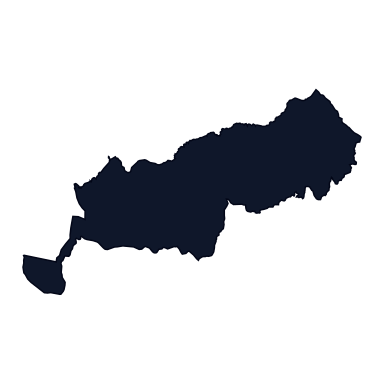 Metinaro, Dili, East Timor (Natural Earth projection)
{"feature_id": "22284137B6793847155334", "entity_name": "Metinaro", "entity_type": "district", "adm_level": 2, "iso_a3": "TLS", "parent_name": "East Timor", "parent_adm1": "Dili", "projection": "natural_earth1", "projection_center": [125.764, -8.537], "detail": "fine", "context": "isolated", "style": "filled", "palette": "ink", "viewbox_px": 384, "rotation_deg": 0, "n_neighbors": 0, "source": "geoboundaries", "source_scale": "gbopen_adm2", "svg_char_len": 6019}
<svg xmlns="http://www.w3.org/2000/svg" viewBox="0 0 384 384"><path d="M24.3,257.2L23.7,260.3L23.8,263.2L23.0,267.1L23.9,272.9L25.3,274.5L27.8,279.1L31.1,282.4L44.3,292.7L47.5,293.0L50.7,292.6L59.9,294.3L60.9,294.2L63.2,291.3L64.0,289.6L64.9,285.3L65.1,282.3L62.2,277.4L62.0,274.8L61.2,272.5L61.7,266.5L61.6,265.6L60.9,263.8L61.4,261.5L62.8,260.6L64.7,256.2L65.3,256.0L68.8,256.3L70.0,254.9L70.9,250.8L72.4,248.8L72.9,246.3L73.7,245.1L76.0,243.4L76.2,242.1L75.6,239.1L76.4,238.3L78.9,239.5L80.1,239.3L80.6,238.4L80.7,236.6L81.5,236.3L84.6,238.7L86.9,239.5L93.1,240.6L97.1,241.9L98.4,242.7L103.2,247.7L104.7,249.0L105.5,249.3L107.5,249.5L114.5,247.0L117.4,246.8L122.8,245.9L133.6,246.9L139.2,249.4L141.8,249.1L144.8,246.5L145.9,246.6L149.5,248.0L152.6,251.8L154.1,252.8L155.1,252.9L156.2,252.8L156.9,252.3L158.8,249.3L161.9,248.9L162.9,247.5L164.9,247.6L167.6,248.9L174.0,246.6L175.9,246.8L177.1,246.4L179.3,249.0L181.1,252.5L182.3,254.1L185.9,253.4L187.9,251.4L189.2,251.2L193.6,255.0L196.7,258.8L198.4,260.3L199.2,258.7L202.0,256.9L203.7,256.5L205.1,256.6L206.7,256.1L208.6,256.3L211.3,255.6L212.1,254.9L213.7,251.9L214.4,247.8L214.5,245.2L216.0,241.4L216.0,240.2L216.5,239.2L216.5,237.5L216.8,236.4L218.9,235.1L218.9,232.9L219.4,232.1L220.6,231.7L221.8,229.9L223.3,228.7L224.0,224.6L223.7,222.3L223.8,221.0L224.5,219.3L224.6,218.2L224.3,215.5L224.3,209.4L225.2,208.8L225.9,207.3L226.4,206.8L228.0,203.5L226.4,199.1L228.2,199.3L229.6,200.7L230.7,202.7L233.5,204.5L241.8,204.2L243.9,205.0L245.5,204.9L246.0,208.7L246.6,210.5L247.9,211.4L250.8,212.0L252.6,211.1L253.2,211.5L254.8,211.2L255.3,212.7L256.6,213.1L258.8,212.8L259.6,213.0L260.1,212.6L259.8,211.5L260.1,210.4L261.1,209.8L263.5,209.4L267.2,208.3L268.7,207.0L272.9,207.0L273.8,205.3L274.7,204.6L278.5,204.7L278.7,202.6L280.3,200.9L281.5,200.1L283.4,200.8L284.5,200.8L285.3,200.0L286.0,198.3L288.9,196.9L290.5,196.8L291.9,195.1L293.1,195.3L294.0,196.0L294.4,195.6L294.8,192.5L296.0,191.6L296.7,193.1L298.6,193.8L298.4,194.8L296.8,196.1L296.4,197.0L297.8,196.9L298.8,197.5L301.4,197.0L302.7,198.6L303.5,197.9L303.9,196.5L304.1,194.0L304.8,192.1L304.5,191.1L304.9,190.8L305.1,188.1L305.5,186.7L307.4,186.4L309.6,186.8L311.8,190.3L312.9,191.0L314.2,195.5L316.5,198.8L318.2,199.6L320.5,199.6L321.7,196.5L324.4,195.0L325.1,195.5L326.1,194.5L326.4,192.9L327.2,191.8L328.9,190.2L329.1,187.9L329.6,186.9L329.3,184.2L329.6,182.3L330.5,181.2L331.5,177.4L332.4,178.2L332.8,179.6L334.8,182.1L335.4,183.7L337.0,184.1L337.9,183.1L338.1,181.3L339.6,180.3L341.2,180.3L342.1,178.2L343.7,177.3L344.2,176.2L344.4,174.3L345.7,174.1L350.1,172.3L350.7,170.4L350.7,169.2L351.4,167.8L349.6,164.7L352.7,163.9L354.6,164.4L355.8,164.4L356.2,164.0L356.3,162.2L354.6,160.9L354.0,159.5L354.1,157.6L353.5,156.0L354.4,154.1L354.8,154.0L355.3,153.1L354.5,152.2L354.7,150.4L353.9,149.0L355.1,146.5L356.0,143.0L357.8,142.2L359.6,142.0L361.0,137.2L360.0,136.2L357.6,134.6L354.3,132.9L351.6,130.4L349.0,127.5L347.8,126.9L346.4,125.4L342.3,122.6L341.8,120.8L342.0,118.8L338.7,117.2L338.4,114.3L337.4,111.4L335.1,109.9L332.1,105.1L330.5,103.6L329.9,101.5L325.4,98.1L323.5,95.6L322.6,95.1L320.8,94.9L320.1,94.3L318.6,92.0L316.0,89.7L311.4,96.1L309.5,97.5L307.9,98.2L306.8,99.3L305.4,99.3L305.0,100.3L303.2,100.6L301.4,100.4L296.0,98.3L295.0,98.1L290.8,100.5L290.2,100.1L289.3,100.7L288.9,101.6L287.2,103.4L287.0,104.1L287.3,106.5L287.0,106.8L286.4,108.8L285.6,109.2L285.1,110.2L285.2,111.2L284.3,112.1L281.9,113.1L281.2,113.9L281.2,114.8L280.8,115.4L277.6,117.2L276.4,117.3L276.1,118.0L275.4,118.6L275.1,120.5L274.6,121.6L273.7,121.5L272.7,122.3L270.8,122.0L270.1,122.4L269.6,123.0L269.6,124.4L268.8,125.2L268.0,125.2L267.8,125.5L266.8,125.4L265.4,126.4L263.9,126.3L262.8,126.5L261.6,126.0L257.2,125.1L255.9,125.2L255.5,126.1L254.7,124.9L253.2,124.1L251.9,125.7L249.8,124.3L248.7,124.1L247.9,124.5L247.4,126.0L246.1,123.7L244.7,124.1L244.1,125.0L243.7,124.3L242.4,123.9L241.2,124.1L240.0,123.2L237.9,123.6L236.6,123.3L233.8,124.6L232.4,127.3L232.0,127.4L231.8,127.2L231.0,128.0L229.3,128.4L228.9,128.9L228.1,129.0L227.3,128.5L226.8,128.8L226.2,128.3L225.4,129.1L224.2,129.1L222.8,128.6L222.1,128.9L221.7,129.6L222.0,130.2L221.8,131.0L220.3,132.2L220.7,134.4L220.0,134.8L219.9,135.8L216.9,135.7L217.2,135.0L216.7,134.7L215.1,134.7L214.1,132.8L213.5,132.3L210.4,132.7L209.8,133.5L208.6,133.6L207.7,134.2L206.9,135.3L206.9,136.2L206.1,135.8L205.1,136.1L201.8,137.6L200.1,137.7L198.2,139.0L197.0,139.0L195.6,139.5L193.3,139.4L191.1,140.7L190.0,140.5L188.7,142.1L188.5,143.1L188.0,142.3L186.5,142.4L186.1,143.0L185.9,144.4L184.3,144.1L183.7,144.8L184.0,147.1L181.6,146.6L180.4,147.1L180.2,148.0L178.7,148.8L178.4,149.3L178.7,150.0L178.1,151.9L177.6,151.8L177.0,153.1L175.8,154.2L175.2,153.9L175.1,154.7L174.4,155.3L174.8,156.5L174.5,157.4L174.7,158.5L175.1,158.6L173.7,160.0L172.0,161.0L170.8,161.2L170.4,160.8L169.3,161.0L169.0,160.5L167.8,160.5L166.8,161.7L164.7,162.9L164.1,162.6L161.0,164.6L160.6,164.4L159.4,164.9L157.4,164.7L155.2,163.5L150.1,162.6L146.3,160.3L144.8,159.8L139.4,160.6L137.9,161.4L137.4,162.2L131.7,167.5L130.8,171.1L130.0,172.2L128.3,172.6L127.2,172.4L124.9,170.9L124.3,169.4L124.2,168.0L123.6,167.2L122.6,166.9L121.5,165.8L121.2,162.6L120.5,161.2L119.1,160.1L117.7,158.3L117.1,158.2L116.6,158.6L115.3,156.8L111.7,159.0L109.6,159.3L109.4,161.9L109.0,162.7L103.8,168.5L100.9,172.5L99.7,172.4L98.9,173.0L98.5,173.9L98.5,175.5L97.3,176.1L96.3,177.8L96.0,179.0L94.4,177.7L93.3,177.9L92.0,179.1L91.3,181.6L90.3,180.9L90.5,181.7L89.3,181.8L88.6,182.4L85.0,183.5L83.8,184.7L83.7,185.8L81.8,186.8L81.4,187.5L80.8,187.2L80.8,188.2L78.9,187.8L78.8,187.6L79.5,187.3L79.4,187.0L78.7,186.0L76.7,184.2L76.2,184.2L76.0,183.7L75.4,183.6L74.3,184.2L75.1,187.7L74.5,188.1L75.8,191.6L77.0,198.0L79.3,203.7L82.2,207.9L85.1,210.9L85.0,219.5L78.3,216.7L72.9,216.4L70.9,227.8L70.1,235.0L70.2,238.5L65.6,244.0L61.3,249.8L59.6,255.5L56.8,257.9L56.2,261.9L24.1,255.3L23.6,255.5L24.3,257.2ZM109.5,158.8L109.0,156.8L108.6,156.6L108.5,157.8L109.5,158.8Z" fill="#0f172a" stroke="#020617" stroke-width="1.5"/></svg>